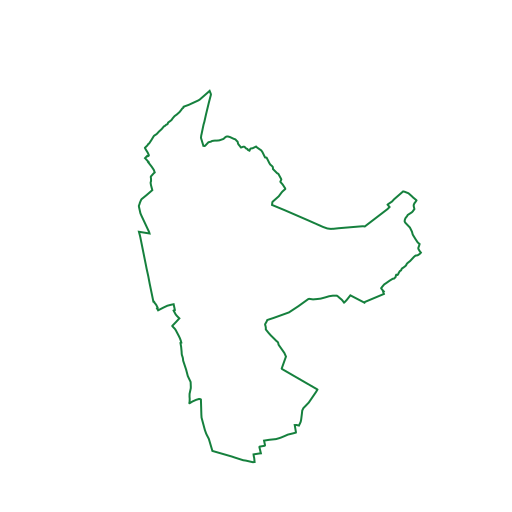 Nong Don, Saraburi, Thailand, rotated 320°
{"feature_id": "78962969B30488240486428", "entity_name": "Nong Don", "entity_type": "district", "adm_level": 2, "iso_a3": "THA", "parent_name": "Thailand", "parent_adm1": "Saraburi", "projection": "orthographic", "projection_center": [100.697, 14.698], "detail": "fine", "context": "isolated", "style": "outline", "palette": "green", "viewbox_px": 512, "rotation_deg": 320, "n_neighbors": 0, "source": "geoboundaries", "source_scale": "gbopen_adm2", "svg_char_len": 5932}
<svg xmlns="http://www.w3.org/2000/svg" viewBox="0 0 512 512"><g transform="rotate(320 256 256)"><path d="M384.5,359.4L384.5,357.7L384.9,355.3L385.1,354.7L385.6,354.1L387.5,353.0L389.0,352.0L388.6,349.5L388.7,348.6L389.0,345.8L389.7,341.1L389.9,340.2L391.1,337.6L391.5,336.0L392.2,333.1L391.8,327.1L391.8,326.5L391.9,325.7L392.1,325.1L392.2,324.9L393.2,324.0L394.4,323.3L395.1,323.0L397.3,322.6L398.3,322.2L398.6,322.1L402.7,322.6L403.6,322.7L404.5,322.6L405.2,322.5L405.9,322.2L406.5,322.1L406.9,322.1L407.3,322.0L407.6,321.7L408.8,319.3L409.3,318.6L409.9,318.1L411.3,317.4L412.1,317.3L414.3,316.7L414.7,316.5L414.7,316.2L414.2,313.4L414.0,312.5L413.8,310.4L413.2,306.4L413.0,305.7L412.1,304.1L411.2,302.4L410.2,301.1L398.2,301.3L395.2,301.7L394.2,301.6L390.4,301.2L389.8,301.3L389.8,304.3L387.1,304.6L358.3,303.3L357.8,302.7L357.0,301.9L354.8,300.3L337.1,287.8L332.6,284.8L330.3,282.9L328.3,280.7L326.0,276.8L318.8,262.1L307.4,239.3L301.1,227.2L303.0,225.4L303.3,225.2L304.0,225.1L311.8,224.9L316.4,223.8L317.7,223.6L321.4,223.5L321.8,223.0L322.3,219.1L322.4,218.0L322.3,215.5L322.3,215.2L322.5,214.7L324.5,213.7L324.8,213.1L325.6,209.1L325.9,207.7L325.9,207.3L325.4,206.2L324.9,200.3L325.1,200.0L325.6,199.4L326.1,198.5L326.1,197.9L326.1,197.5L325.7,195.1L325.9,193.6L327.3,187.7L327.3,187.4L326.3,186.4L326.3,186.2L327.7,180.6L327.8,179.4L327.9,178.5L326.8,174.5L326.5,173.3L326.4,172.2L322.8,171.3L322.5,171.2L321.3,170.4L321.0,170.3L320.8,170.3L320.5,170.3L318.7,171.1L318.2,170.1L318.0,169.5L318.0,169.2L318.2,168.8L318.1,168.3L317.6,167.4L317.5,167.1L317.4,165.1L317.3,164.9L317.0,164.5L316.6,164.2L316.0,163.9L314.5,163.4L314.2,163.2L314.2,162.9L314.3,161.4L314.3,159.2L314.6,158.1L315.1,157.2L315.3,156.8L315.4,156.4L315.2,155.2L315.2,154.1L315.2,153.8L315.1,153.3L314.2,151.8L312.6,148.3L312.0,147.4L311.4,146.5L310.6,145.8L310.2,145.6L309.7,145.4L308.8,145.3L308.3,145.3L306.7,145.4L306.3,145.4L302.9,144.1L302.0,143.7L300.3,142.5L299.0,141.4L298.0,140.7L297.5,140.4L296.7,139.9L296.1,139.6L294.9,139.4L293.5,138.7L292.7,138.3L288.3,138.8L287.6,138.8L287.3,138.7L286.8,138.0L286.5,137.8L289.8,130.1L291.7,128.3L292.3,127.9L300.3,121.6L302.7,120.0L308.7,115.4L318.6,108.1L324.8,103.7L325.2,103.4L325.4,103.1L325.6,102.7L326.6,99.7L323.5,99.8L313.3,100.0L311.6,99.7L301.4,96.9L296.5,95.1L296.2,95.5L295.3,95.7L294.3,95.6L292.4,96.1L289.9,96.6L286.2,96.7L283.5,96.5L280.5,97.0L278.8,97.5L277.4,97.5L274.5,97.3L273.0,98.1L272.8,98.1L271.5,97.7L269.7,97.8L268.8,97.5L265.6,98.1L264.2,98.2L261.6,98.3L258.7,98.7L257.8,98.7L255.6,98.4L255.2,98.4L254.6,98.5L250.2,100.0L247.8,100.7L246.8,101.0L246.4,101.1L245.2,101.0L244.5,101.3L243.6,101.5L240.6,101.7L240.4,101.8L240.0,103.7L239.5,107.2L238.8,109.7L238.6,110.0L238.2,110.2L237.8,110.2L237.0,109.9L237.1,109.5L237.0,109.4L233.9,109.7L234.1,114.9L233.7,114.9L233.5,120.4L233.2,123.2L233.0,124.6L232.1,126.9L230.7,126.9L229.4,127.1L226.7,127.5L226.2,127.8L225.4,129.1L223.8,131.1L222.9,131.7L222.3,132.2L221.1,134.2L218.9,138.9L211.1,139.0L205.0,138.9L204.2,139.1L201.2,140.6L200.7,141.0L198.5,142.3L198.0,143.0L194.9,149.0L194.2,151.3L189.5,169.0L188.9,170.3L181.9,162.2L180.1,166.0L179.2,167.7L165.6,192.6L164.1,195.3L160.5,202.2L156.9,208.6L148.0,225.1L148.1,225.3L148.4,225.3L148.5,225.4L148.4,226.3L148.2,226.6L148.2,226.8L148.2,228.7L148.1,229.5L147.5,232.1L147.3,232.6L146.5,232.5L146.1,234.7L151.9,236.0L156.1,237.1L159.5,238.7L161.9,240.0L159.1,245.3L158.9,245.3L158.7,245.1L158.0,244.8L157.8,244.8L156.9,249.2L156.9,251.1L157.2,254.5L152.7,255.1L147.0,255.7L146.9,255.8L146.8,256.0L147.0,259.4L147.0,260.3L146.7,262.0L146.5,262.9L145.4,267.9L144.8,270.2L144.0,272.4L143.1,274.4L142.2,274.1L140.3,277.4L137.5,281.5L136.2,283.2L135.6,284.2L134.9,286.0L134.3,287.3L132.9,289.4L129.4,298.2L126.6,304.1L125.6,307.9L125.0,310.3L124.7,310.8L121.9,314.4L121.0,315.4L116.5,318.9L114.6,321.1L113.4,322.8L112.6,323.7L111.4,325.0L110.4,325.8L110.4,326.0L110.5,326.1L113.8,326.6L117.7,327.7L120.0,328.7L120.5,328.9L120.9,329.4L121.5,330.1L121.5,330.3L121.5,330.6L112.1,342.5L110.4,344.8L105.0,356.4L103.7,359.9L103.3,361.4L102.5,365.0L102.3,365.8L97.3,377.3L108.6,394.1L110.1,396.6L114.9,404.2L116.7,406.2L121.1,412.0L122.5,412.9L124.7,409.7L125.8,407.6L126.6,406.4L131.6,409.4L132.9,410.3L135.7,404.7L136.0,404.4L136.3,404.4L140.6,406.9L141.0,406.9L141.3,406.7L143.5,402.6L148.0,405.3L153.6,409.1L157.0,410.6L158.6,411.2L162.1,412.3L165.6,413.3L170.4,415.7L173.0,416.9L173.3,416.7L177.0,410.4L178.4,411.5L179.9,413.5L180.7,413.1L182.1,412.5L183.1,412.0L183.7,411.7L184.2,411.3L185.0,410.7L185.8,410.0L189.7,406.4L192.1,404.1L194.5,403.0L202.2,402.2L214.7,398.7L216.7,398.0L217.2,397.8L217.2,397.6L213.2,386.6L203.3,359.4L203.4,358.7L214.3,352.3L215.4,348.5L216.2,339.1L216.3,338.4L217.1,336.9L217.3,336.2L217.3,335.6L217.0,334.1L216.8,331.5L216.3,326.3L216.2,323.0L216.3,318.6L217.2,317.5L217.6,317.0L218.4,315.5L218.8,314.5L219.0,314.3L219.2,314.1L219.7,313.9L222.1,313.0L223.5,312.3L225.3,313.0L229.5,314.7L245.0,320.4L256.2,321.7L268.3,322.6L269.2,323.0L271.8,325.9L274.5,327.8L278.1,330.2L282.6,332.3L286.1,333.8L289.4,335.8L292.4,338.3L292.9,340.1L293.0,341.3L293.6,344.7L293.6,345.7L293.5,348.0L293.5,348.3L293.9,348.3L294.6,348.3L297.2,348.0L303.0,346.8L309.1,361.5L309.9,361.2L329.6,367.3L329.8,366.8L330.4,365.1L331.1,365.2L331.0,362.7L331.1,361.4L331.2,361.1L332.9,360.7L335.7,360.2L336.3,360.2L337.8,360.4L342.6,360.8L345.3,361.2L346.3,361.4L346.5,361.5L347.1,362.0L347.6,362.0L348.0,362.0L349.5,361.8L350.6,360.9L350.9,360.7L351.4,360.5L351.6,360.6L352.1,361.4L352.3,361.5L353.5,361.2L354.6,360.6L356.2,360.1L356.6,360.0L357.5,360.2L358.0,360.2L359.1,359.6L360.1,359.4L360.5,359.4L361.0,359.6L361.5,359.6L363.1,359.7L364.4,359.7L365.1,359.6L365.7,359.2L366.0,359.1L367.3,358.8L370.9,358.9L376.4,358.2L377.9,358.2L378.5,358.3L378.9,358.4L379.6,359.0L380.3,359.3L381.1,359.5L382.9,359.6L383.5,359.6L384.5,359.4Z" fill="none" stroke="#15803d" stroke-width="2"/></g></svg>